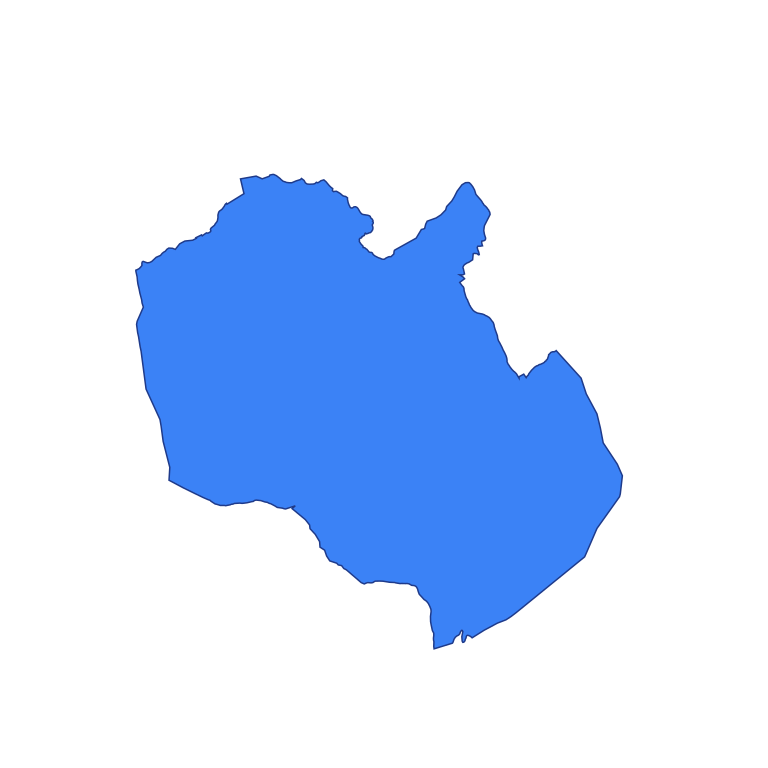 the district of San Juan Cancuc, Chiapas, Mexico, rotated 309°
{"feature_id": "50627088B84437137073669", "entity_name": "San Juan Cancuc", "entity_type": "district", "adm_level": 2, "iso_a3": "MEX", "parent_name": "Mexico", "parent_adm1": "Chiapas", "projection": "natural_earth1", "projection_center": [-92.376, 16.931], "detail": "fine", "context": "isolated", "style": "filled", "palette": "blue", "viewbox_px": 768, "rotation_deg": 309, "n_neighbors": 0, "source": "geoboundaries", "source_scale": "gbopen_adm2", "svg_char_len": 6171}
<svg xmlns="http://www.w3.org/2000/svg" viewBox="0 0 768 768"><g transform="rotate(309 384 384)"><path d="M568.9,321.5L561.4,321.0L558.0,322.4L551.3,321.8L545.8,320.0L537.7,315.1L534.5,315.8L530.4,317.7L529.3,317.1L527.6,315.8L517.6,317.2L495.2,308.2L494.4,308.0L493.2,308.5L491.2,309.8L487.3,309.3L486.7,308.4L485.7,307.5L483.0,306.2L481.3,305.8L480.6,305.1L479.8,303.9L479.3,301.9L478.6,300.2L477.8,296.2L477.8,294.0L478.4,292.8L478.5,292.1L478.4,291.5L477.4,290.1L477.2,289.3L477.9,285.8L477.7,285.2L477.8,283.6L477.7,283.1L476.9,281.9L477.6,281.3L478.0,280.6L478.2,278.4L479.1,275.4L479.5,274.9L480.5,274.3L480.9,273.7L482.0,273.6L483.4,274.5L484.0,274.4L484.1,274.2L484.7,274.1L485.1,274.5L486.3,274.7L487.0,275.2L487.4,275.0L488.2,275.0L488.9,274.5L489.4,274.5L489.6,274.8L489.6,275.9L491.0,276.8L491.9,277.2L493.2,278.2L495.0,278.4L495.8,278.1L496.6,278.2L498.2,277.3L499.0,276.5L499.9,275.1L500.8,274.5L501.7,274.6L502.1,274.4L502.8,274.0L503.0,273.7L503.2,272.8L503.7,272.9L504.0,272.7L504.7,271.2L504.8,269.2L505.1,268.5L505.6,267.9L505.5,266.7L505.0,265.3L502.6,261.1L502.3,260.3L502.2,259.6L502.3,258.3L502.7,256.8L503.5,254.8L504.1,253.0L504.2,251.8L503.9,250.4L502.8,249.2L501.0,248.7L500.1,247.7L500.0,247.2L500.2,246.0L500.7,245.2L501.2,244.0L502.4,242.0L504.6,239.3L505.7,238.5L505.6,236.2L504.8,234.7L504.4,233.5L504.5,230.2L504.1,227.1L503.8,225.7L502.8,224.6L501.7,223.7L501.8,222.2L503.6,221.2L503.5,219.1L503.7,216.7L504.7,211.7L504.8,208.8L502.2,207.0L500.4,206.6L498.7,205.9L498.2,204.5L496.2,204.2L494.9,203.2L492.4,200.4L491.1,198.5L490.9,197.3L490.9,196.1L491.6,194.6L491.9,193.7L491.8,190.5L490.3,190.4L486.4,187.8L482.8,185.9L482.1,185.4L480.7,183.6L479.3,181.4L478.9,180.0L478.1,178.1L478.1,175.2L478.3,174.1L478.2,169.3L477.5,166.5L476.9,165.7L474.6,163.8L473.2,164.1L466.8,160.2L465.1,153.8L453.1,143.4L443.8,155.4L424.9,148.8L425.3,147.9L424.5,147.8L424.3,147.6L422.7,147.7L421.4,148.1L420.6,148.0L419.7,148.1L417.6,148.1L415.1,147.4L414.1,147.3L413.0,147.6L410.8,148.6L408.9,150.2L406.6,151.5L405.4,152.0L401.8,152.1L400.8,152.4L396.5,151.5L395.5,151.6L394.8,151.9L394.3,152.8L393.7,153.2L393.1,153.3L391.3,152.7L390.7,152.3L390.1,151.8L389.7,150.9L387.4,150.2L384.7,149.5L385.1,148.4L379.3,145.7L379.1,146.5L375.3,144.8L369.8,139.3L366.1,137.7L364.3,137.0L357.3,137.1L356.4,134.3L354.2,131.2L352.0,130.5L349.5,130.5L347.8,129.8L345.9,129.4L343.3,129.4L339.1,127.2L333.1,126.4L330.9,125.4L329.2,123.8L327.7,119.6L326.6,119.3L325.4,119.9L323.7,121.3L321.6,121.3L319.6,121.1L317.3,120.1L316.3,119.5L315.3,120.4L311.9,124.7L309.1,127.4L306.7,130.0L303.6,134.0L301.0,137.1L296.9,142.7L294.7,145.0L292.3,148.6L277.4,152.7L274.6,154.2L268.9,160.2L266.2,163.6L259.6,170.9L256.6,174.6L230.3,202.3L215.4,232.3L210.9,237.4L200.4,248.5L184.4,270.0L173.9,277.5L177.0,293.4L179.9,306.1L181.9,314.6L183.5,320.4L184.1,321.8L184.0,323.4L184.5,328.3L185.2,329.6L186.6,333.2L189.2,336.4L189.8,337.6L191.2,338.7L193.3,340.5L194.4,341.0L195.6,342.2L197.0,342.9L200.7,346.9L201.9,348.8L203.6,350.5L205.5,352.3L209.5,355.4L210.3,356.2L212.2,356.8L213.4,357.8L215.9,361.7L217.4,365.7L218.6,367.8L219.0,369.9L219.7,371.4L220.6,376.1L220.9,378.7L223.6,383.2L224.2,384.9L225.0,386.2L233.5,391.7L229.3,391.0L229.1,408.2L227.6,414.9L225.0,417.6L223.9,425.2L221.0,433.1L216.9,437.0L217.5,442.4L214.2,447.7L212.4,453.2L215.0,460.1L214.6,462.3L216.2,465.3L215.3,468.9L215.9,471.6L215.3,491.3L216.2,494.5L218.2,495.5L219.4,496.3L221.3,499.1L222.6,500.3L224.5,500.9L225.3,501.3L228.1,504.6L230.1,507.3L233.5,513.2L236.5,517.3L236.8,518.2L239.0,522.1L239.8,522.9L242.6,526.5L243.5,527.5L244.5,529.3L244.9,532.1L246.4,534.4L246.8,536.0L246.6,537.3L245.8,539.1L244.2,541.3L242.8,543.7L241.7,551.0L241.9,552.2L241.9,553.9L241.6,555.4L241.3,556.6L240.0,559.5L238.4,562.3L236.8,563.8L232.6,566.4L228.7,569.7L226.6,572.1L222.8,576.8L221.7,579.4L219.8,581.0L217.7,582.3L216.2,583.6L215.1,585.0L211.4,587.8L209.7,589.6L225.7,600.3L226.9,600.1L229.5,599.1L231.9,598.8L233.8,599.1L235.8,600.0L237.4,600.1L239.5,599.4L241.3,599.3L241.7,599.9L241.2,601.1L236.6,603.5L233.4,606.5L232.8,607.8L233.3,608.3L234.1,608.6L234.8,608.6L235.7,608.4L236.6,607.9L238.5,607.5L238.8,607.2L240.0,606.7L240.6,606.7L241.3,607.1L241.9,608.3L242.3,610.2L242.2,612.2L255.7,616.8L269.5,622.6L277.5,627.2L283.4,629.1L289.6,630.6L375.9,648.7L379.7,647.7L405.8,640.4L444.6,638.0L447.3,636.8L462.7,627.0L468.5,615.8L476.2,591.4L486.0,579.8L494.8,568.3L503.6,547.4L512.6,533.5L518.3,496.8L517.6,496.8L517.1,496.4L516.3,496.1L515.0,494.6L513.3,493.7L512.3,493.8L510.4,493.5L509.5,494.1L505.9,495.4L504.7,495.1L503.5,495.3L502.8,494.9L501.7,495.0L500.4,494.5L497.7,493.2L496.8,492.4L495.0,491.9L494.3,491.3L493.0,490.8L491.5,490.4L490.1,490.3L487.6,490.0L483.1,490.1L481.7,490.5L479.9,490.3L478.4,490.5L479.6,486.4L474.7,484.4L473.5,485.3L475.3,480.5L475.6,477.7L475.5,476.9L475.8,474.4L476.6,471.0L477.1,469.7L477.6,467.8L478.0,467.0L478.9,465.4L479.8,464.8L481.3,463.2L482.6,461.3L484.2,458.1L485.5,455.0L486.7,452.8L489.0,447.6L489.4,446.3L490.0,445.2L491.0,443.7L492.9,441.7L496.3,436.1L498.0,433.6L499.2,432.3L500.4,430.4L500.8,429.1L501.0,427.8L501.6,425.8L501.9,424.0L501.5,420.9L501.1,420.0L501.0,418.5L500.3,416.4L497.9,411.9L497.3,408.9L497.3,406.9L498.3,403.0L498.8,402.2L499.1,400.9L499.8,399.8L501.1,397.2L502.0,395.8L502.3,394.6L503.3,392.7L506.1,388.7L507.0,387.5L508.6,386.0L509.4,384.6L509.6,382.8L510.6,378.9L516.5,380.4L516.9,378.3L516.4,374.0L518.5,376.6L520.2,377.3L523.4,373.3L524.0,372.3L524.6,371.8L526.3,371.4L527.6,371.5L530.4,372.4L531.9,373.3L536.3,374.7L541.3,371.4L542.2,371.8L543.9,374.3L543.8,376.1L544.5,376.6L546.1,374.6L547.6,372.0L548.8,370.5L550.1,370.2L551.7,372.1L553.4,373.6L554.3,372.2L555.4,370.9L556.5,370.1L558.4,371.6L559.5,372.0L560.6,371.7L561.4,371.1L563.5,367.9L566.0,365.0L568.7,363.3L570.3,362.4L581.5,360.0L582.6,359.7L584.1,358.0L584.4,357.0L585.0,356.0L585.4,354.1L585.7,353.3L586.0,351.5L586.1,348.8L586.6,347.7L586.8,346.5L587.1,346.1L587.6,344.6L588.0,342.9L589.2,336.1L591.8,332.2L593.2,328.8L593.9,325.9L594.1,323.7L593.6,322.7L591.7,320.6L587.9,319.2L579.9,319.5L573.4,320.9L568.9,321.5Z" fill="#3b82f6" stroke="#1e3a8a" stroke-width="1.5"/></g></svg>